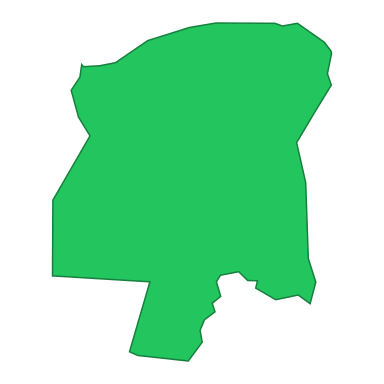 Tyrrell, North Carolina, United States of America (Robinson projection)
{"feature_id": "52423323B39402203079771", "entity_name": "Tyrrell", "entity_type": "district", "adm_level": 2, "iso_a3": "USA", "parent_name": "United States of America", "parent_adm1": "North Carolina", "projection": "robinson", "projection_center": [-76.186, 35.796], "detail": "fine", "context": "isolated", "style": "filled", "palette": "green", "viewbox_px": 384, "rotation_deg": 0, "n_neighbors": 0, "source": "geoboundaries", "source_scale": "gbopen_adm2", "svg_char_len": 657}
<svg xmlns="http://www.w3.org/2000/svg" viewBox="0 0 384 384"><path d="M52.5,275.9L149.9,281.8L129.5,351.8L137.9,355.5L188.3,361.0L202.2,342.2L200.1,330.3L204.5,319.7L215.0,311.8L212.2,303.3L220.7,296.3L216.4,281.8L220.5,275.2L238.7,271.7L247.7,280.5L257.5,280.8L255.7,288.1L275.7,299.7L298.2,295.0L310.1,303.7L315.8,282.1L308.3,258.5L305.7,182.6L296.6,142.6L315.2,111.4L331.3,85.1L327.4,73.7L331.5,53.9L331.1,51.2L324.3,42.2L297.4,23.3L282.4,26.0L274.9,23.3L215.9,23.0L189.3,27.5L147.7,40.6L115.5,62.7L99.4,65.8L83.3,66.7L81.7,64.6L79.9,77.1L71.2,90.3L78.5,117.1L90.0,135.9L52.9,200.1L52.5,275.9Z" fill="#22c55e" stroke="#15803d" stroke-width="1.5"/></svg>